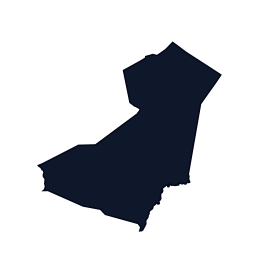 outline of San Pedro Zacapa, Santa Bárbara, Honduras, rotated 197°
{"feature_id": "27666195B51644661429984", "entity_name": "San Pedro Zacapa", "entity_type": "district", "adm_level": 2, "iso_a3": "HND", "parent_name": "Honduras", "parent_adm1": "Santa Bárbara", "projection": "natural_earth1", "projection_center": [-88.13, 14.733], "detail": "fine", "context": "isolated", "style": "filled", "palette": "ink", "viewbox_px": 256, "rotation_deg": 197, "n_neighbors": 0, "source": "geoboundaries", "source_scale": "gbopen_adm2", "svg_char_len": 4604}
<svg xmlns="http://www.w3.org/2000/svg" viewBox="0 0 256 256"><g transform="rotate(197 128 128)"><path d="M190.5,43.5L186.3,44.9L148.1,40.3L130.6,42.3L124.4,38.8L90.3,39.7L86.8,37.0L86.7,33.1L86.3,33.3L85.8,33.5L85.6,33.6L85.3,33.6L85.1,33.7L85.0,33.8L84.7,34.1L84.4,34.5L84.1,35.0L84.0,35.4L84.0,35.7L84.0,35.8L83.8,36.5L83.6,37.7L83.4,38.4L83.3,38.8L83.2,39.8L83.2,40.2L83.0,40.7L83.0,41.0L83.0,41.4L83.1,41.9L83.1,42.3L83.2,42.6L83.3,42.8L83.6,43.3L83.7,43.5L83.9,43.9L83.9,44.0L83.9,44.6L83.9,45.4L83.9,45.7L83.8,46.0L83.7,46.2L83.6,46.5L83.3,47.0L83.1,47.6L83.1,47.8L83.0,48.3L83.0,48.9L83.0,49.2L83.0,49.4L83.1,49.8L83.3,50.1L83.3,50.3L83.2,50.8L83.1,51.2L82.9,51.7L82.9,51.8L82.9,52.1L82.9,52.3L82.9,52.5L83.0,52.8L83.1,53.0L83.3,53.5L83.3,53.9L83.3,54.1L83.2,54.5L83.2,54.8L83.0,55.2L82.9,55.4L82.7,55.8L82.0,56.7L81.8,56.9L81.6,57.1L81.4,57.4L81.3,57.8L81.2,58.2L81.1,58.6L81.0,58.9L81.1,59.2L81.1,59.7L81.2,60.2L81.2,60.6L81.2,60.8L81.1,61.0L80.9,61.3L80.5,61.9L80.2,62.1L80.0,62.4L79.7,62.8L79.6,63.0L79.4,63.4L79.3,63.7L79.2,64.0L79.1,64.3L79.1,64.5L78.9,64.8L78.8,65.0L78.7,65.0L78.5,64.9L78.4,64.8L78.2,64.6L77.7,64.3L77.3,64.1L77.2,64.1L76.8,64.2L76.6,64.3L76.4,64.4L76.3,64.5L76.2,64.7L76.1,64.8L76.1,65.0L76.1,65.3L76.2,65.5L76.3,65.7L76.6,65.8L76.8,66.1L76.9,66.4L77.0,66.6L77.0,66.9L77.0,67.1L77.0,67.3L77.0,67.7L76.9,67.9L76.8,68.0L76.6,68.2L76.4,68.3L76.4,68.5L76.5,68.7L76.5,68.8L76.4,68.9L76.3,69.0L76.2,69.1L76.1,69.3L76.1,69.5L76.0,69.8L76.0,70.0L76.1,70.3L76.1,70.5L76.3,70.8L76.6,71.2L76.7,71.3L76.8,71.4L76.9,71.5L76.8,71.8L76.8,72.2L76.9,72.4L77.0,72.6L77.1,72.9L77.3,73.0L77.4,73.3L77.4,73.5L77.4,74.2L77.3,74.9L77.3,75.1L77.4,75.5L77.4,75.8L77.1,76.0L76.8,76.2L76.7,76.2L76.6,76.3L76.5,76.7L76.5,78.1L76.5,78.3L76.6,78.6L76.8,78.7L77.3,78.1L77.5,78.1L77.7,78.3L77.8,78.4L77.8,78.6L77.8,78.8L77.8,79.1L77.7,79.5L77.5,80.1L77.3,80.6L76.9,81.4L76.6,81.9L76.3,82.3L76.2,82.4L75.9,82.7L75.8,82.9L75.4,83.5L75.2,84.0L75.0,84.3L74.9,84.4L74.7,84.6L74.3,84.9L74.2,84.9L73.8,84.8L73.6,84.7L73.4,84.5L73.3,84.4L73.2,84.2L73.0,83.8L72.9,83.7L72.7,83.7L72.3,83.6L72.2,83.6L71.9,83.8L71.8,84.1L71.7,84.3L71.7,84.5L71.9,85.2L72.0,85.5L72.0,85.9L72.0,86.3L72.0,86.5L71.9,86.7L71.8,86.8L71.7,86.9L71.4,86.8L71.4,86.7L71.0,86.4L70.8,86.2L70.3,86.0L70.2,86.0L69.8,86.0L69.7,86.0L68.8,86.4L67.9,86.7L67.7,86.7L67.3,86.7L67.0,86.7L66.4,86.8L65.9,87.0L64.7,87.6L63.3,88.2L63.1,88.3L62.9,88.5L63.0,88.8L63.3,88.9L63.4,89.0L63.6,89.2L63.6,89.3L63.7,89.5L63.5,89.9L63.5,90.0L63.4,90.0L62.9,89.8L62.7,90.0L62.3,90.3L62.1,90.5L61.8,90.7L61.6,90.7L61.5,90.8L61.3,90.8L61.1,90.7L60.9,90.5L60.8,90.4L60.7,90.4L60.3,90.4L60.1,90.4L59.9,90.4L59.7,90.5L59.2,91.0L58.7,91.3L58.3,91.4L58.2,91.4L57.7,91.2L57.3,91.1L57.1,91.1L56.8,91.2L56.5,91.4L56.3,91.5L56.2,91.7L56.1,91.9L55.9,92.6L55.6,93.2L55.5,93.5L55.4,93.6L55.2,93.7L54.7,93.7L54.2,93.6L53.9,93.7L53.7,93.8L53.3,94.1L53.2,94.4L53.5,94.7L54.3,95.8L54.6,96.2L54.9,96.5L55.1,96.8L55.2,97.2L55.3,97.7L55.4,98.1L55.4,98.5L55.5,98.9L55.5,99.2L55.8,99.8L56.2,100.5L56.5,100.8L56.8,101.0L65.7,172.3L64.2,177.0L57.7,196.5L54.8,205.9L94.0,217.1L95.5,217.6L110.3,222.9L114.7,214.2L120.7,206.4L121.0,206.0L121.4,205.9L121.6,205.8L122.0,205.7L122.4,205.7L122.8,205.6L123.8,205.7L124.1,205.5L124.4,205.3L124.6,205.3L124.9,205.4L125.7,205.5L126.0,205.4L126.6,205.1L126.7,204.9L127.1,204.4L127.5,204.2L128.1,203.9L128.5,203.6L129.1,203.3L131.9,201.5L131.7,200.9L131.7,200.3L131.7,200.0L131.9,199.7L134.9,196.3L149.1,181.7L133.6,153.1L133.1,152.8L132.4,152.6L131.1,152.2L130.7,152.0L130.1,151.8L129.4,151.5L128.9,151.3L128.3,151.1L128.0,151.0L127.6,151.0L127.3,151.0L126.9,151.0L126.6,151.0L126.1,150.8L125.9,150.8L124.1,150.4L123.4,150.3L123.1,150.2L122.7,150.1L122.2,149.8L122.0,149.6L121.9,149.5L121.9,149.3L121.8,149.1L121.8,148.8L121.8,148.5L121.8,148.2L122.5,146.2L122.7,145.7L122.9,145.3L123.0,144.9L123.0,144.4L154.1,102.3L170.3,96.9L199.7,68.4L202.8,65.9L202.0,65.3L201.8,65.3L201.5,65.2L201.2,65.1L200.5,65.1L200.0,65.0L199.7,64.6L198.7,63.9L198.4,63.6L198.2,63.3L198.0,63.1L197.7,62.9L197.5,63.0L197.0,63.0L196.7,63.0L196.4,62.8L196.2,62.5L196.1,62.1L195.9,61.7L195.6,61.3L195.3,61.2L195.1,61.1L194.9,60.7L195.3,59.8L195.3,59.2L195.3,58.7L195.2,58.2L194.8,57.6L194.7,57.1L194.5,56.6L194.3,56.5L194.0,56.4L193.5,56.2L193.1,55.9L193.0,55.6L192.7,55.5L192.4,55.2L192.1,54.4L192.0,54.1L191.9,53.6L191.9,53.2L191.8,52.8L191.5,52.8L191.4,52.9L191.3,52.6L191.3,52.2L191.5,51.3L191.5,51.0L191.3,50.3L190.9,49.8L190.5,49.3L190.1,48.5L189.8,47.4L189.8,46.4L189.8,45.7L189.9,44.8L190.1,44.1L190.5,43.5Z" fill="#0f172a" stroke="#020617" stroke-width="1.5"/></g></svg>